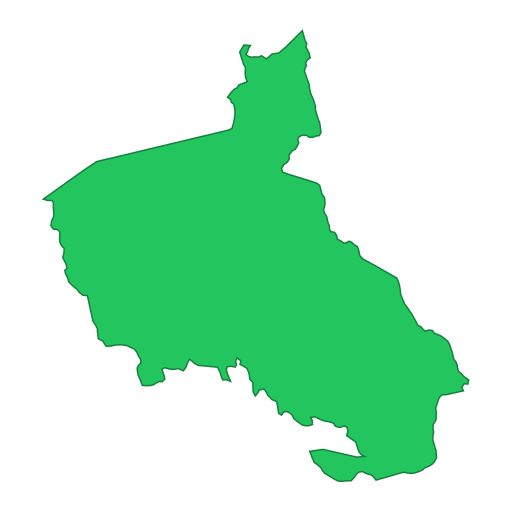 outline of Paramirim, Bahia, Brazil
{"feature_id": "56859067B35436689677217", "entity_name": "Paramirim", "entity_type": "district", "adm_level": 2, "iso_a3": "BRA", "parent_name": "Brazil", "parent_adm1": "Bahia", "projection": "albers", "projection_center": [-42.216, -13.498], "detail": "fine", "context": "isolated", "style": "filled", "palette": "green", "viewbox_px": 512, "rotation_deg": 0, "n_neighbors": 0, "source": "geoboundaries", "source_scale": "gbopen_adm2", "svg_char_len": 4419}
<svg xmlns="http://www.w3.org/2000/svg" viewBox="0 0 512 512"><path d="M302.3,30.7L285.9,46.9L279.0,52.9L275.4,53.5L272.1,54.0L269.2,56.5L266.3,58.9L261.7,55.8L258.1,57.1L254.6,56.9L251.2,57.2L248.4,56.4L245.9,54.5L247.5,51.8L248.6,48.2L250.5,45.5L243.9,45.0L241.2,49.5L239.7,52.1L242.7,61.6L243.6,64.4L245.4,67.3L245.2,72.8L245.5,77.1L247.2,81.7L238.8,85.0L237.1,87.8L234.1,89.3L231.7,91.8L229.3,95.0L227.5,97.3L230.6,99.4L231.3,102.2L233.9,104.4L234.7,108.7L235.0,112.4L234.9,115.3L234.3,119.4L233.2,124.3L232.0,128.4L228.5,130.1L96.6,161.6L82.4,171.2L43.3,199.1L47.7,200.5L51.9,200.4L53.4,202.8L53.3,206.9L53.6,211.0L54.0,214.0L53.5,216.9L51.6,221.1L50.9,225.7L53.4,229.1L57.8,229.7L59.8,232.0L59.8,235.3L59.5,238.4L60.1,242.7L61.7,245.9L64.2,248.5L63.9,253.4L62.7,257.6L64.6,261.1L66.1,264.3L67.1,268.4L64.8,270.3L65.5,273.6L67.4,277.4L69.0,282.2L71.9,285.0L74.7,287.5L77.5,289.6L79.1,292.3L82.9,295.2L87.4,295.7L93.0,321.4L95.4,324.7L97.4,328.7L97.5,331.9L98.3,338.8L102.5,340.8L104.3,343.4L106.0,346.1L110.8,346.1L115.3,345.0L118.5,344.9L121.9,344.8L127.2,345.7L130.4,347.3L134.5,349.2L137.1,352.7L138.5,356.1L140.8,359.8L140.8,363.3L138.5,365.2L137.2,368.0L137.5,371.6L138.2,375.3L140.5,380.4L142.3,385.4L146.8,385.7L150.7,385.5L153.9,384.6L156.3,382.9L159.4,381.5L162.2,381.8L164.8,379.0L164.0,375.3L162.9,372.1L161.9,369.2L164.6,367.7L167.7,368.6L171.0,369.3L174.1,369.3L178.4,368.6L183.4,370.8L186.1,366.9L187.5,362.9L189.3,359.3L191.9,360.9L194.2,363.2L198.3,365.4L217.5,367.2L219.9,372.0L221.1,375.9L222.6,379.8L226.8,379.9L230.6,381.3L229.2,378.2L227.6,374.3L226.3,369.5L227.1,366.7L231.0,366.3L235.2,367.1L236.6,364.1L235.5,361.5L236.9,357.9L240.7,360.7L240.1,364.5L242.9,365.8L246.6,368.1L248.6,372.0L249.4,375.6L249.7,379.3L252.9,382.5L252.9,387.1L253.2,392.0L255.3,395.9L257.7,392.9L259.5,389.8L264.4,389.2L266.4,392.4L267.9,395.4L271.9,399.6L276.5,401.5L277.3,404.5L277.9,408.3L278.6,413.3L281.5,415.1L283.8,411.8L286.9,411.6L289.6,412.8L292.0,414.9L293.8,418.5L295.9,420.4L299.1,422.7L301.6,424.6L304.2,425.6L308.4,425.8L312.5,424.5L312.3,420.9L310.7,417.4L314.3,416.8L317.2,417.9L319.9,419.3L324.0,420.9L327.5,421.4L330.3,422.1L333.5,423.2L335.5,426.3L339.7,427.5L344.2,426.0L346.8,427.1L348.0,430.7L346.7,435.7L350.9,438.6L355.7,441.9L357.4,447.2L358.9,451.9L361.4,454.8L364.7,456.5L356.9,457.1L323.0,449.4L309.6,451.3L310.8,453.9L311.9,457.1L314.4,462.6L317.9,465.0L320.6,467.4L322.7,470.9L324.8,473.4L328.7,475.7L332.5,477.9L337.3,480.8L340.3,481.3L343.2,481.1L347.4,480.8L351.2,480.7L354.7,476.9L356.5,473.9L359.5,471.9L362.6,471.6L366.5,473.6L370.3,474.6L373.0,476.2L376.0,480.1L403.4,472.2L409.1,473.2L413.2,473.3L417.3,472.1L419.8,471.2L422.4,470.0L425.1,467.7L428.7,466.3L432.0,464.3L434.3,461.9L436.6,457.6L436.2,454.5L436.1,450.6L434.8,447.3L434.2,444.3L432.8,440.3L432.9,435.6L433.7,432.2L432.9,428.4L433.2,424.6L435.9,420.1L436.2,416.9L436.3,412.5L435.7,407.9L437.1,403.8L438.1,400.5L439.4,397.3L442.2,394.7L446.2,394.7L463.4,390.8L461.8,387.3L464.2,383.7L467.8,384.1L468.7,380.0L464.0,376.6L461.3,373.6L458.5,371.4L457.6,367.9L457.1,365.1L456.1,362.2L453.5,358.6L452.4,352.8L450.8,348.2L449.6,344.6L447.7,341.1L444.5,338.6L441.6,336.3L438.6,334.9L434.5,333.4L432.4,330.5L428.8,330.0L424.9,331.1L422.5,328.7L420.7,326.5L417.8,325.4L415.8,321.2L414.1,318.3L411.9,314.2L409.8,311.3L407.8,308.2L404.8,304.3L402.6,299.2L400.7,294.3L400.2,289.9L399.5,285.3L398.3,281.4L396.8,278.0L383.6,270.5L380.0,268.4L369.0,262.3L363.6,259.4L361.4,257.5L359.5,255.0L359.1,251.9L358.3,249.0L357.1,246.4L354.3,244.8L351.3,242.0L348.7,241.2L346.5,242.8L343.7,243.1L341.3,241.2L337.4,239.2L336.6,235.4L334.7,232.4L330.9,231.6L329.5,229.2L329.4,226.0L328.2,223.1L327.4,220.2L326.7,216.4L324.6,213.3L323.5,209.7L324.6,206.6L325.0,203.1L324.6,197.7L322.0,194.1L319.7,185.3L316.6,183.1L312.3,181.7L305.0,179.4L287.7,174.1L282.6,172.0L281.5,168.4L284.0,164.5L287.5,161.9L289.3,158.9L289.0,155.1L292.0,151.0L295.4,149.1L297.3,145.9L298.8,142.9L297.6,139.1L299.1,136.8L302.2,135.2L306.1,135.2L309.6,137.4L313.3,137.2L316.5,135.9L319.3,135.6L321.0,132.3L320.4,127.6L319.6,122.5L318.1,118.8L316.9,114.8L315.5,110.3L315.4,105.8L313.4,99.7L311.8,96.0L310.6,93.3L309.8,89.4L309.1,84.2L307.8,80.7L306.5,77.4L305.5,74.1L304.5,71.5L305.0,68.4L306.4,65.7L305.6,62.8L307.5,59.7L310.2,57.9L309.2,53.5L307.5,49.9L305.8,46.8L306.8,43.5L305.1,40.8L303.8,35.7L302.3,30.7Z" fill="#22c55e" stroke="#15803d" stroke-width="1.5"/></svg>